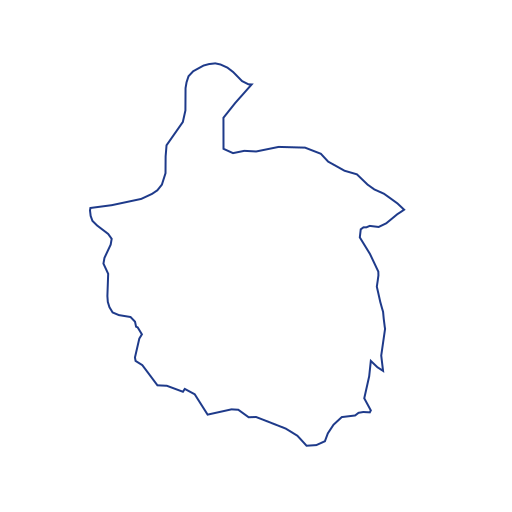 the district of Kaesong City, Hwanghae-bukto, North Korea, rotated 348°
{"feature_id": "82179303B5428034439323", "entity_name": "Kaesong City", "entity_type": "district", "adm_level": 2, "iso_a3": "PRK", "parent_name": "North Korea", "parent_adm1": "Hwanghae-bukto", "projection": "natural_earth1", "projection_center": [126.564, 37.948], "detail": "fine", "context": "isolated", "style": "outline", "palette": "blue", "viewbox_px": 512, "rotation_deg": 348, "n_neighbors": 0, "source": "geoboundaries", "source_scale": "gbopen_adm2", "svg_char_len": 1651}
<svg xmlns="http://www.w3.org/2000/svg" viewBox="0 0 512 512"><g transform="rotate(348 256 256)"><path d="M287.4,87.3L284.3,86.5L278.7,82.0L271.9,71.3L267.2,65.8L261.1,61.3L256.2,59.1L249.9,58.5L244.3,58.8L233.0,62.2L227.4,66.1L224.2,71.6L222.0,77.1L217.2,99.0L212.3,109.7L191.5,129.1L188.3,139.8L184.7,156.2L178.8,166.6L173.2,171.2L167.3,173.6L155.6,176.3L142.5,176.3L125.5,176.3L104.0,174.6L103.1,176.9L102.6,182.4L103.3,187.6L106.9,193.1L116.0,203.7L118.4,209.2L116.2,214.7L107.4,226.3L105.2,231.7L107.7,242.7L102.3,264.3L101.5,270.1L102.0,275.6L104.0,281.4L109.6,285.3L120.6,289.6L124.0,295.1L124.0,300.2L125.4,301.2L128.1,308.9L124.7,312.5L116.5,330.1L116.4,333.6L122.1,339.1L132.7,362.0L141.8,364.4L156.3,373.6L158.7,371.2L167.3,378.5L172.8,393.3L175.7,401.1L200.1,400.9L206.7,402.7L215.3,412.2L222.6,413.5L249.2,431.0L259.1,440.4L262.6,446.3L266.0,452.1L275.7,453.5L284.9,451.5L289.4,444.4L296.8,437.1L306.4,431.4L319.8,432.6L323.7,430.7L328.5,430.9L334.8,432.6L336.2,430.9L332.3,417.7L341.7,397.2L346.5,382.5L351.6,390.0L356.4,394.8L357.2,385.8L357.8,379.4L367.1,354.1L367.2,352.0L367.9,343.8L368.7,337.0L368.4,333.3L368.0,326.7L367.9,317.5L367.8,311.1L369.9,305.5L371.7,300.5L372.4,296.7L370.7,289.5L367.9,277.7L361.4,259.4L364.0,251.7L367.1,250.3L368.4,250.6L369.9,250.9L373.5,250.2L382.0,253.1L390.2,251.1L395.8,248.2L402.9,244.5L406.6,243.1L410.5,241.5L405.3,234.0L399.7,227.8L394.1,221.7L385.6,215.5L380.0,209.4L371.7,197.1L360.3,191.0L346.2,178.7L340.7,169.5L326.5,160.2L305.8,155.2L300.8,154.0L277.9,153.8L266.4,150.7L254.9,150.6L246.5,144.4L252.9,114.0L267.6,101.9L287.4,87.3Z" fill="none" stroke="#1e3a8a" stroke-width="2"/></g></svg>